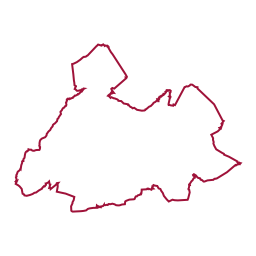 Panindícuaro, Michoacán, Mexico
{"feature_id": "50627088B83014075523686", "entity_name": "Panindícuaro", "entity_type": "district", "adm_level": 2, "iso_a3": "MEX", "parent_name": "Mexico", "parent_adm1": "Michoacán", "projection": "orthographic", "projection_center": [-101.781, 20.018], "detail": "fine", "context": "isolated", "style": "outline", "palette": "rose", "viewbox_px": 256, "rotation_deg": 0, "n_neighbors": 0, "source": "geoboundaries", "source_scale": "gbopen_adm2", "svg_char_len": 5758}
<svg xmlns="http://www.w3.org/2000/svg" viewBox="0 0 256 256"><path d="M240.6,163.2L240.1,163.1L239.3,162.6L238.2,162.6L237.8,162.8L237.2,162.0L237.3,161.4L228.9,156.7L224.1,154.7L223.9,153.8L222.3,153.0L216.2,149.3L214.4,146.0L213.4,143.5L213.7,142.1L213.0,139.8L213.1,138.2L211.3,134.7L217.7,131.4L220.1,129.1L219.5,128.0L219.9,128.0L220.3,128.9L220.9,128.7L220.8,127.1L221.3,127.1L221.4,126.6L222.1,125.1L221.9,125.0L222.0,124.0L222.4,124.0L222.5,123.7L221.7,123.5L223.7,121.0L222.6,120.5L214.1,104.3L197.5,88.5L197.5,87.2L195.4,87.0L192.3,84.7L191.5,84.6L190.5,84.6L189.6,85.6L187.9,86.5L186.4,86.3L185.1,87.1L184.6,87.1L175.0,105.1L173.5,104.5L173.2,105.7L170.5,105.3L169.5,104.9L168.7,105.0L168.5,104.3L169.9,97.7L170.2,97.7L170.4,97.2L169.9,97.1L169.0,96.5L169.9,95.8L169.7,95.5L169.9,93.7L169.8,93.0L170.0,93.0L170.3,92.0L170.5,92.0L170.7,90.9L170.1,90.6L170.1,90.3L169.7,90.1L168.3,90.2L168.1,90.8L167.1,90.9L167.1,90.1L166.8,90.1L166.8,90.9L166.4,90.9L166.3,91.4L164.6,92.2L165.2,92.1L165.7,92.6L164.7,93.8L164.4,94.1L164.3,93.9L163.6,93.8L163.4,94.6L163.1,94.6L163.1,95.2L162.3,95.5L161.8,95.5L161.0,95.9L160.9,96.1L161.5,96.4L161.2,96.7L160.5,96.8L160.0,96.7L159.7,97.5L159.1,97.9L159.4,98.5L159.3,98.8L158.8,98.7L158.5,99.4L158.5,101.2L158.3,101.2L158.2,98.9L157.9,99.4L157.3,99.3L157.4,99.6L156.6,100.8L155.2,102.0L153.6,102.8L152.9,103.9L150.8,106.0L149.1,106.7L146.2,109.2L145.4,109.4L145.2,110.1L144.4,110.5L143.0,110.6L141.9,110.7L137.0,109.8L134.2,107.8L132.6,108.3L131.4,107.2L130.6,107.0L129.8,106.4L128.4,104.6L128.0,104.9L127.5,104.2L123.7,103.5L121.3,101.1L118.4,100.8L118.3,100.3L117.5,99.5L114.7,98.4L113.8,98.3L111.3,97.2L110.8,97.4L110.5,97.8L109.5,96.8L109.2,96.2L108.0,95.8L108.6,95.1L109.7,95.0L109.6,94.6L109.8,94.5L109.8,94.2L112.3,93.3L111.2,92.6L111.8,91.8L112.7,91.6L113.2,92.7L113.8,92.8L111.8,90.1L111.3,88.9L112.0,88.2L112.6,88.0L113.1,88.3L114.3,88.6L114.6,88.3L126.0,78.4L125.7,77.6L126.5,77.7L126.9,76.8L125.4,74.1L112.6,54.3L110.9,52.1L108.6,48.1L108.7,47.2L107.7,46.9L107.8,46.0L107.2,45.6L106.1,45.8L105.3,45.6L104.9,45.8L104.9,45.4L104.0,45.2L103.2,44.4L102.2,45.0L101.6,45.1L101.5,45.3L101.8,45.3L101.6,45.6L98.3,44.6L97.8,44.7L97.4,45.5L96.6,46.0L87.5,55.6L86.8,55.8L86.3,56.4L85.7,56.6L84.8,56.9L84.0,56.8L82.9,57.4L80.3,59.7L76.9,62.1L73.6,63.7L72.1,64.1L73.3,74.0L73.9,80.3L74.3,82.6L74.5,85.2L76.0,86.2L76.0,86.5L75.4,87.2L74.7,89.0L75.6,89.4L76.8,90.7L78.0,90.8L80.1,90.2L81.2,90.1L81.7,89.4L82.8,89.3L83.5,88.5L84.2,88.6L83.8,88.8L82.1,91.0L81.9,91.5L80.4,92.2L79.4,93.5L78.9,93.8L78.0,93.9L77.7,94.7L77.3,94.7L75.5,95.7L74.8,95.6L74.0,96.6L73.3,96.9L72.8,97.9L71.6,98.1L70.5,98.8L69.6,98.9L69.5,98.5L69.0,98.7L68.4,98.7L68.5,99.1L67.4,98.9L66.8,99.5L67.0,100.7L66.5,101.3L66.5,102.0L66.0,102.7L66.4,104.6L66.1,105.8L65.2,106.1L64.2,107.6L63.7,107.7L63.0,108.2L62.3,109.2L61.8,110.3L60.5,111.7L60.5,112.3L61.0,114.0L58.8,117.1L58.3,118.4L57.5,118.9L57.0,121.2L54.8,123.5L53.8,124.1L52.9,125.0L52.6,126.4L51.1,128.1L50.2,130.0L48.9,131.1L48.0,132.1L47.2,133.4L46.8,133.7L46.5,135.5L45.2,137.2L42.0,138.5L40.7,139.6L40.2,140.3L39.9,141.0L39.5,143.2L39.6,145.0L39.3,145.4L39.6,146.7L39.9,146.7L40.1,147.0L39.9,148.9L39.4,149.9L36.5,150.0L35.3,150.3L34.0,150.8L32.4,150.6L31.0,149.6L29.9,149.8L28.5,149.3L28.4,150.2L27.9,150.8L27.5,150.8L27.1,151.4L26.7,151.3L26.0,151.9L25.5,152.6L25.0,154.4L24.5,157.8L23.4,159.2L23.4,161.0L22.5,161.0L22.1,161.6L22.2,162.7L21.3,165.1L20.8,168.3L20.7,168.1L19.7,170.2L17.9,171.6L17.5,172.2L17.0,174.0L16.5,174.6L16.3,175.6L16.6,176.2L16.5,176.6L15.9,177.2L16.9,180.4L16.2,180.5L15.8,181.2L15.4,181.1L15.8,181.4L15.9,181.7L15.7,181.8L16.0,182.1L16.7,181.6L15.7,183.9L18.2,185.3L19.6,186.4L21.7,188.9L22.6,193.7L24.0,194.4L24.4,195.4L26.7,195.8L29.9,195.0L32.6,194.0L34.4,192.8L36.1,192.5L38.8,190.5L42.1,188.6L42.3,187.8L43.8,186.3L44.1,186.6L44.8,186.4L45.7,184.9L45.7,184.0L46.0,184.2L46.1,183.5L48.3,182.4L49.1,181.5L49.7,184.5L50.3,184.6L49.3,187.8L50.1,187.6L50.4,187.9L50.6,189.1L56.5,184.3L56.6,183.4L56.9,183.1L58.3,182.9L57.6,183.8L57.7,186.7L56.8,191.7L65.6,193.6L74.3,196.9L73.7,200.1L72.5,202.3L72.5,203.3L71.1,206.3L71.3,210.6L71.6,211.1L72.7,211.6L80.8,211.2L83.6,210.9L86.1,210.4L87.9,208.9L89.6,208.4L93.1,207.9L96.4,207.8L96.2,207.6L96.8,206.4L96.9,205.5L97.6,206.1L98.2,206.2L97.9,207.1L99.3,207.1L99.3,206.9L100.8,207.2L100.8,206.5L102.8,206.1L103.2,205.9L103.9,204.9L103.9,205.1L104.3,205.0L105.0,205.2L106.9,204.8L107.5,205.0L108.3,204.6L108.5,204.1L108.8,204.0L110.4,204.2L112.4,203.7L114.6,204.3L116.1,205.2L118.2,205.4L119.7,205.3L122.0,204.5L124.9,204.2L125.2,201.5L126.2,200.8L129.4,199.6L133.7,199.3L134.5,199.1L135.6,196.7L136.0,196.3L137.0,196.3L137.9,195.3L139.9,194.8L140.6,193.8L141.1,194.1L141.4,193.4L141.4,192.3L141.6,192.0L141.7,189.6L146.6,189.3L147.1,188.8L148.0,189.1L148.2,188.6L151.4,189.7L151.9,188.2L152.5,188.4L152.5,188.7L153.3,188.6L152.3,187.6L152.3,187.0L152.4,186.4L152.7,186.5L152.8,186.3L153.3,185.9L153.4,185.1L153.6,185.0L154.3,185.5L157.3,186.0L158.6,188.4L160.4,189.0L161.2,190.8L162.8,193.0L163.9,195.9L166.8,199.5L168.8,201.5L172.5,199.7L174.5,200.2L177.8,200.4L187.6,199.8L188.2,198.4L189.7,192.4L189.2,189.8L188.6,189.5L188.4,189.0L188.8,188.2L189.2,186.2L189.1,185.0L189.9,185.0L189.6,183.8L190.1,183.4L191.5,181.2L192.5,180.4L193.3,178.8L194.3,177.7L194.8,177.7L194.9,177.2L194.1,176.1L193.3,175.7L193.0,175.0L193.9,174.2L196.0,175.5L197.1,177.0L198.3,178.0L199.4,178.1L200.2,178.4L200.4,178.7L200.4,179.4L201.2,180.0L202.1,180.1L203.5,181.5L204.6,181.5L207.5,180.4L213.4,179.8L214.4,178.8L215.1,178.7L215.7,178.8L215.9,178.6L216.9,178.4L227.0,172.2L235.6,164.9L235.9,164.9L236.1,165.3L237.0,164.7L239.0,164.1L239.5,164.5L239.4,165.0L239.9,164.0L240.6,163.2Z" fill="none" stroke="#9f1239" stroke-width="2"/></svg>